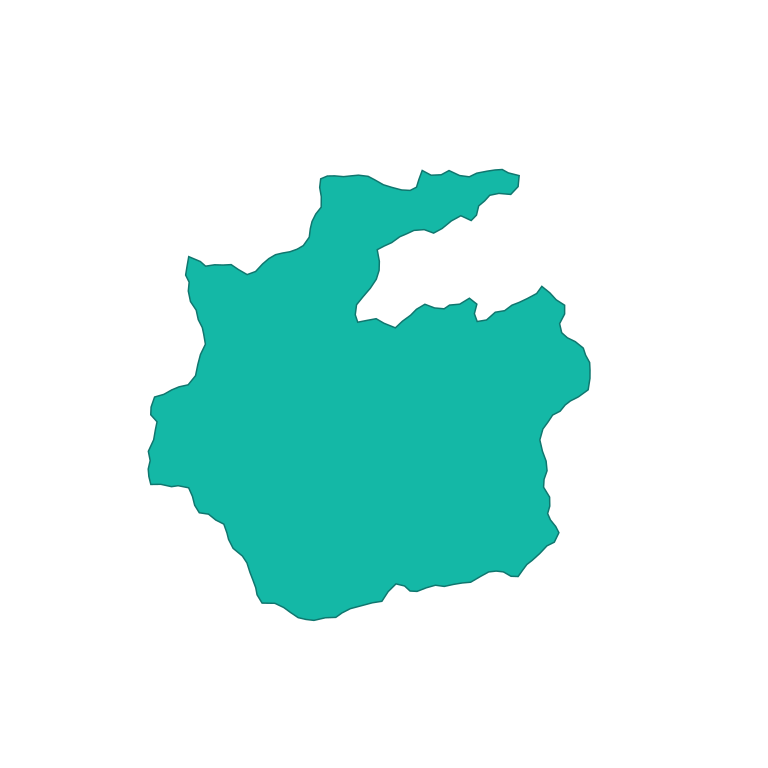 the district of Ouro Branco, Minas Gerais, Brazil, rotated 129°
{"feature_id": "56859067B93796062388454", "entity_name": "Ouro Branco", "entity_type": "district", "adm_level": 2, "iso_a3": "BRA", "parent_name": "Brazil", "parent_adm1": "Minas Gerais", "projection": "orthographic", "projection_center": [-43.694, -20.527], "detail": "fine", "context": "isolated", "style": "filled", "palette": "teal", "viewbox_px": 768, "rotation_deg": 129, "n_neighbors": 0, "source": "geoboundaries", "source_scale": "gbopen_adm2", "svg_char_len": 2787}
<svg xmlns="http://www.w3.org/2000/svg" viewBox="0 0 768 768"><g transform="rotate(129 384 384)"><path d="M137.0,410.1L141.7,420.3L142.9,427.1L147.9,432.5L153.7,437.8L161.8,444.6L169.3,448.1L174.4,456.4L177.2,467.8L185.4,471.2L192.1,478.8L194.0,488.7L203.1,485.6L210.6,482.6L217.1,485.5L222.1,492.4L226.2,501.5L229.6,510.0L231.2,519.9L232.6,527.0L237.8,535.3L243.0,540.6L248.3,545.9L253.3,553.3L258.0,558.9L264.4,562.3L271.7,557.7L277.9,550.6L286.1,544.1L294.8,544.0L303.0,542.2L309.5,539.1L316.9,534.5L327.2,533.8L334.0,536.4L340.4,540.3L346.1,545.3L351.8,549.7L359.0,552.4L367.1,553.9L377.4,554.6L385.1,559.2L386.7,569.4L387.4,577.9L392.8,583.9L398.0,590.7L404.7,596.8L404.4,603.8L407.9,615.9L416.9,610.9L424.2,606.7L427.5,599.5L434.9,594.6L441.7,586.3L444.8,576.4L450.9,568.8L454.5,560.7L458.8,555.4L465.5,547.8L476.6,545.2L485.9,541.0L496.1,535.7L507.9,535.7L515.2,541.5L522.0,545.2L530.6,548.6L538.5,554.1L548.5,550.5L554.7,545.9L556.2,536.6L563.0,533.1L572.3,527.9L584.6,524.8L590.7,517.5L598.5,513.7L603.9,508.5L608.8,502.0L602.4,494.3L597.5,484.5L592.6,480.0L587.6,470.5L591.9,462.1L597.4,454.8L600.3,446.5L595.6,438.5L595.6,429.1L593.7,420.3L598.6,412.3L602.6,407.0L606.7,397.8L606.8,385.8L609.3,377.9L614.7,369.7L618.6,362.9L623.1,355.4L627.7,350.0L631.0,340.9L623.1,330.8L620.8,321.2L620.4,312.9L619.6,303.7L616.1,296.5L611.8,289.7L602.5,282.4L595.7,274.6L588.4,272.6L579.8,268.8L569.8,261.5L561.4,255.4L554.2,248.9L542.8,250.1L531.8,248.9L528.0,240.9L528.5,233.5L524.4,227.8L515.8,222.9L508.0,217.4L503.4,209.8L495.9,203.8L489.4,198.0L483.5,191.9L472.8,187.9L464.2,184.4L458.8,179.1L454.9,173.0L453.5,164.3L449.2,158.6L441.5,159.1L434.4,159.4L428.0,157.9L417.9,156.3L407.2,155.5L399.7,152.1L389.5,154.5L386.7,160.8L384.9,169.1L381.7,175.3L374.6,178.3L367.7,184.1L363.8,195.0L357.4,199.6L348.8,202.7L341.9,209.5L336.5,218.6L329.4,227.7L319.0,232.2L310.4,232.6L302.0,233.4L294.2,230.0L286.3,230.0L279.9,228.5L271.6,224.8L260.0,221.7L250.0,227.5L243.6,232.6L237.9,237.7L234.7,245.5L230.7,251.7L230.7,261.9L232.7,270.7L232.3,278.2L226.6,285.5L215.9,287.7L209.1,293.2L210.2,303.2L208.8,312.4L208.8,322.8L217.6,322.3L227.6,326.5L235.5,330.3L242.3,334.2L251.1,336.4L258.2,342.7L269.7,344.6L276.8,350.9L272.5,358.0L263.5,362.1L263.6,371.6L274.3,375.4L281.4,382.7L287.7,384.6L293.1,392.6L296.3,402.4L305.5,405.8L313.8,406.6L323.6,409.2L333.2,410.5L336.8,422.2L338.2,431.2L345.8,437.7L352.5,443.3L348.3,449.9L339.7,455.2L329.3,455.2L318.1,454.9L307.4,455.9L298.8,459.3L291.6,464.8L283.9,473.8L276.7,470.7L269.3,467.0L259.6,464.4L252.8,460.8L245.8,457.4L238.7,449.9L235.5,440.4L226.6,436.7L214.9,434.3L204.9,430.2L202.1,419.1L194.6,418.4L186.0,422.5L178.3,421.0L170.8,420.6L163.6,414.7L156.9,404.8L146.2,404.0L137.0,410.1Z" fill="#14b8a6" stroke="#0f766e" stroke-width="1.5"/></g></svg>